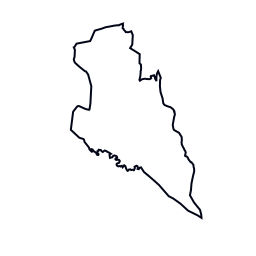 Borgu, Niger, Nigeria, rotated 348°
{"feature_id": "59680162B99837769325291", "entity_name": "Borgu", "entity_type": "district", "adm_level": 2, "iso_a3": "NGA", "parent_name": "Nigeria", "parent_adm1": "Niger", "projection": "natural_earth1", "projection_center": [4.162, 10.194], "detail": "fine", "context": "isolated", "style": "outline", "palette": "ink", "viewbox_px": 256, "rotation_deg": 348, "n_neighbors": 0, "source": "geoboundaries", "source_scale": "gbopen_adm2", "svg_char_len": 3641}
<svg xmlns="http://www.w3.org/2000/svg" viewBox="0 0 256 256"><g transform="rotate(348 128 128)"><path d="M94.6,143.9L94.8,143.2L96.8,143.8L97.4,145.3L98.4,146.2L100.4,145.2L100.8,145.4L101.7,145.8L102.6,146.8L103.7,147.7L104.5,148.3L105.2,149.0L105.9,149.7L104.5,150.1L104.2,151.5L104.2,153.5L106.6,153.3L107.7,152.3L107.8,152.1L109.2,152.1L110.8,153.1L111.3,154.2L111.2,154.8L109.9,155.0L109.4,155.4L109.2,155.8L109.2,156.2L109.9,156.8L110.8,156.8L111.9,157.0L112.6,157.4L113.1,158.4L112.9,159.2L112.0,159.8L111.9,160.2L110.1,160.4L109.2,161.1L109.4,162.5L110.5,163.5L111.3,163.5L112.2,163.5L112.7,164.1L114.1,163.7L114.4,164.6L114.6,165.3L115.6,164.5L116.5,163.7L117.4,164.6L117.6,166.2L118.0,168.4L118.4,169.3L118.6,169.8L119.1,169.8L120.4,168.8L121.8,169.0L122.3,169.8L123.7,169.8L124.6,170.1L124.8,170.5L125.1,170.5L126.4,168.5L126.4,167.2L128.5,166.7L129.4,167.5L129.3,169.3L128.9,170.0L129.9,170.5L131.2,169.3L131.5,169.3L132.5,169.2L134.5,174.4L138.2,179.1L138.6,179.6L143.8,186.5L144.7,187.7L144.8,188.0L146.3,189.9L153.6,203.1L157.5,206.3L163.5,212.8L168.4,219.7L169.6,221.4L177.9,227.9L181.2,231.2L181.4,230.1L181.6,227.3L181.5,224.7L181.4,223.0L177.1,214.6L174.6,206.7L176.7,201.8L178.5,195.6L181.2,189.4L183.7,184.2L184.2,181.7L184.1,179.7L184.3,177.6L182.9,174.6L182.4,174.5L182.2,174.5L180.7,171.3L180.3,169.5L180.3,169.4L179.6,168.2L179.1,167.8L178.5,167.6L178.0,167.0L178.8,165.3L179.3,164.1L179.3,162.9L179.1,162.3L178.7,161.3L178.3,159.3L177.9,158.3L177.5,156.6L177.2,155.1L177.4,153.6L177.4,153.1L178.1,151.3L178.6,147.9L177.0,143.5L175.9,142.4L175.3,141.9L174.3,141.0L172.8,139.7L172.7,139.6L172.6,139.2L172.3,138.3L172.3,137.9L172.4,134.3L175.0,127.9L175.2,127.4L176.6,124.6L176.7,124.4L176.8,121.6L176.5,121.6L176.5,121.4L176.5,120.2L175.9,118.8L173.9,116.5L171.4,115.1L170.5,114.5L168.5,113.1L167.7,111.3L167.7,109.8L168.0,106.4L167.7,103.7L167.3,99.8L167.3,99.6L167.9,93.8L169.3,88.0L169.3,87.9L170.5,85.7L169.3,78.7L168.4,79.8L167.1,81.9L166.3,84.4L165.7,87.3L165.4,87.3L164.9,85.9L164.8,84.6L164.8,83.5L164.4,82.8L164.3,81.8L163.4,82.0L162.0,82.0L161.1,82.0L160.9,82.4L161.0,84.2L159.4,84.7L157.6,84.3L154.6,83.3L152.0,83.2L149.5,84.2L149.2,83.3L149.7,82.2L150.8,79.9L151.8,76.7L152.1,75.2L152.9,73.6L153.5,71.1L153.8,68.9L153.7,68.8L153.7,68.5L152.7,67.0L154.8,58.2L146.7,50.3L149.5,47.3L152.0,38.2L151.3,34.1L149.7,34.3L148.3,34.4L145.7,33.7L145.5,32.9L144.9,31.9L144.3,31.0L144.3,30.2L143.5,29.3L143.8,28.3L144.1,27.7L144.3,27.1L144.5,26.6L144.5,26.3L144.5,26.0L144.5,25.7L144.6,25.4L144.6,25.1L144.7,24.9L144.0,25.0L143.8,24.9L143.5,25.0L143.4,25.0L143.2,25.0L142.8,25.1L142.7,25.2L142.3,25.1L142.2,25.1L141.9,25.2L141.5,25.3L141.3,25.4L141.1,25.4L140.8,25.4L140.6,25.5L140.4,25.6L140.2,25.7L139.1,25.3L135.8,25.0L134.0,25.0L130.3,24.9L126.9,24.8L124.7,25.1L123.7,25.3L116.2,25.8L115.9,25.9L115.8,26.1L115.6,26.1L111.2,32.3L109.1,35.1L95.2,34.8L92.1,38.0L91.8,38.0L92.3,40.6L90.6,47.0L90.2,48.0L89.5,49.0L89.3,49.6L89.2,50.4L89.5,52.5L90.0,53.6L93.4,58.2L97.7,63.5L98.7,64.0L100.1,67.4L100.4,72.2L100.4,72.6L100.8,79.5L96.3,96.3L94.2,101.8L93.8,102.1L91.6,101.2L90.6,100.6L88.6,99.3L87.3,98.3L85.0,96.6L84.4,96.3L83.8,96.2L83.1,96.3L82.6,96.5L77.9,100.5L77.6,101.0L71.7,117.9L77.1,125.6L78.3,127.3L79.7,128.2L80.7,128.7L81.8,129.3L82.2,129.6L82.6,130.9L82.6,132.6L85.3,138.0L85.6,138.6L85.8,139.5L85.9,141.0L87.5,143.6L88.2,143.6L88.2,142.8L87.9,142.2L88.0,141.2L88.8,141.6L89.2,142.5L89.6,143.6L90.4,144.2L90.9,144.8L91.3,145.4L91.9,146.2L92.0,147.0L92.3,147.9L93.2,148.2L93.7,147.8L93.7,147.3L93.3,146.4L92.8,145.6L93.3,144.3L94.3,144.3L94.6,143.9Z" fill="none" stroke="#020617" stroke-width="2"/></g></svg>